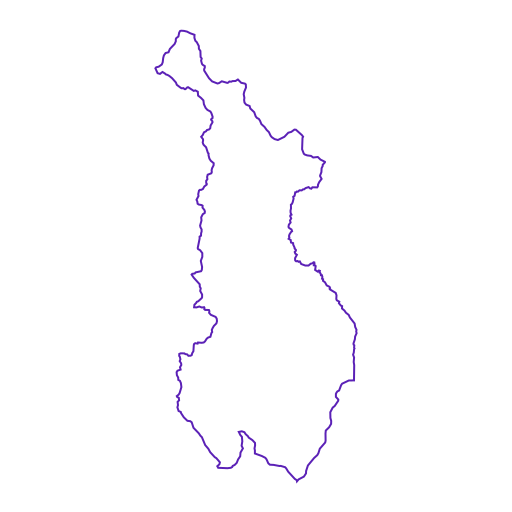 Chachagüí, Nariño, Colombia
{"feature_id": "7082276B70460159125708", "entity_name": "Chachagüí", "entity_type": "district", "adm_level": 2, "iso_a3": "COL", "parent_name": "Colombia", "parent_adm1": "Nariño", "projection": "albers", "projection_center": [-77.277, 1.404], "detail": "fine", "context": "isolated", "style": "outline", "palette": "violet", "viewbox_px": 512, "rotation_deg": 0, "n_neighbors": 0, "source": "geoboundaries", "source_scale": "gbopen_adm2", "svg_char_len": 6036}
<svg xmlns="http://www.w3.org/2000/svg" viewBox="0 0 512 512"><path d="M324.9,161.8L320.5,159.6L317.8,157.0L313.2,157.5L311.0,155.9L307.2,155.4L304.7,154.5L303.8,153.7L302.1,149.3L302.5,137.9L303.1,136.7L301.8,135.0L295.9,129.7L294.4,129.6L291.3,131.9L288.3,132.7L284.4,136.8L277.9,140.0L274.6,139.1L271.8,137.2L270.6,135.7L268.9,132.1L266.7,130.0L264.5,126.9L261.4,124.1L260.0,120.7L258.8,118.9L256.9,117.9L255.7,116.4L254.2,112.2L250.3,108.5L249.6,106.0L246.1,104.6L244.5,102.6L244.1,99.9L244.4,97.9L243.7,94.2L244.3,91.6L246.0,87.5L245.8,84.4L244.9,83.6L241.2,82.8L237.9,79.5L235.5,81.0L232.5,81.1L231.2,81.7L229.4,81.5L228.2,82.6L227.3,82.9L221.8,81.3L219.0,83.1L217.5,83.5L212.1,81.4L209.0,78.2L204.2,70.6L204.1,69.2L204.8,67.6L204.8,66.1L202.7,64.8L202.0,63.9L201.1,60.7L201.7,58.5L200.6,57.0L200.4,51.0L198.9,48.8L198.8,46.0L196.8,42.2L195.3,40.7L194.4,37.8L194.5,34.8L190.3,33.3L187.0,31.6L184.0,30.9L181.2,30.7L180.1,31.0L179.2,32.6L178.4,36.5L176.3,38.1L175.8,39.1L175.8,41.3L174.6,44.0L169.9,48.9L168.5,52.3L165.6,53.0L163.9,55.4L163.2,58.0L162.7,62.3L161.8,64.5L158.7,66.7L156.2,67.3L155.4,68.3L157.6,73.2L160.0,73.9L162.4,72.0L164.8,73.4L166.0,74.5L167.5,74.9L169.4,76.0L172.1,78.2L175.9,82.5L176.8,84.8L180.7,87.8L181.8,88.3L183.4,88.1L184.6,89.1L185.5,89.1L187.3,87.4L188.1,87.2L193.8,90.9L195.3,90.4L197.8,91.7L198.1,95.6L201.0,97.9L203.4,100.4L203.9,104.2L205.6,107.9L207.4,109.9L210.4,111.5L211.4,113.2L212.6,116.7L212.5,118.1L211.4,118.9L211.1,119.7L212.4,121.3L212.5,122.3L210.6,125.5L210.2,128.3L209.0,129.5L207.0,130.0L206.0,131.3L204.0,132.3L202.7,135.1L201.2,136.8L203.0,139.2L203.1,140.4L202.7,142.5L203.2,144.0L203.7,144.9L206.1,147.3L207.9,152.9L208.6,153.5L208.5,155.1L209.4,158.6L210.8,160.8L213.7,163.2L213.6,165.3L212.1,168.2L211.6,170.2L211.8,172.1L211.3,173.3L207.7,174.7L207.1,177.0L207.4,179.2L206.2,180.8L206.2,183.0L206.8,183.9L206.7,184.6L204.3,186.5L202.9,189.0L201.1,189.9L199.8,189.9L199.0,190.6L198.2,194.2L198.5,196.0L196.5,199.8L197.3,201.5L197.6,203.7L198.7,204.5L201.7,205.1L202.6,205.7L202.5,207.6L204.4,210.0L204.9,211.5L204.7,213.0L202.8,214.2L201.2,217.3L201.5,220.5L200.1,225.6L200.5,227.4L201.6,229.4L201.6,231.6L201.1,233.2L201.0,235.7L199.6,236.6L199.6,238.7L197.7,248.1L198.1,249.1L200.1,250.2L202.3,253.1L202.3,256.9L200.8,260.9L202.1,267.0L201.8,269.9L201.1,271.2L195.6,272.4L194.7,273.5L192.3,273.8L191.6,274.6L193.8,277.8L199.7,284.3L199.8,286.7L200.7,288.3L200.2,291.0L202.1,294.5L202.1,297.2L201.7,298.1L198.2,301.3L196.8,301.8L196.2,302.9L194.4,304.8L194.1,307.3L196.5,307.4L199.3,306.5L201.8,307.5L204.1,307.2L204.5,308.0L204.3,309.2L205.1,309.9L208.9,310.0L209.4,311.1L209.1,312.8L210.8,314.8L215.6,316.9L216.7,318.6L217.0,321.1L216.4,323.4L213.9,325.9L212.5,328.3L211.8,330.0L212.2,332.0L211.4,333.1L210.4,336.8L208.2,337.5L206.7,338.7L205.0,341.4L203.7,342.5L201.7,342.8L198.0,342.5L197.6,343.6L195.2,343.2L194.1,344.0L193.8,345.0L193.4,351.2L192.2,353.2L191.7,355.1L190.6,355.7L188.4,355.8L187.2,354.4L185.3,354.1L184.4,353.4L180.8,353.3L179.3,353.9L179.2,355.9L179.8,356.7L180.4,359.3L179.7,361.1L181.1,363.3L181.3,365.0L180.0,367.2L180.6,369.6L177.5,370.7L176.6,372.2L176.9,375.2L178.2,377.6L178.3,379.9L179.9,380.8L180.9,383.1L181.4,387.1L179.6,393.1L178.6,394.7L176.8,396.1L177.2,397.0L178.8,397.8L179.1,400.3L177.6,401.9L178.0,405.1L177.4,407.3L178.6,411.0L180.8,412.0L181.1,413.2L183.8,417.3L187.4,420.8L190.3,421.2L191.7,422.3L193.5,427.8L198.8,433.3L200.4,435.7L201.9,437.2L205.2,445.1L208.3,448.7L210.2,452.2L214.8,457.2L216.3,458.1L219.9,462.3L219.4,464.3L217.3,466.2L218.2,467.8L227.4,468.2L230.8,467.8L232.2,467.0L232.7,465.9L234.6,465.0L236.7,462.9L238.1,459.4L240.2,456.3L240.5,452.6L242.9,448.4L241.6,445.8L242.3,441.4L241.9,436.8L240.3,435.0L238.8,431.9L241.8,431.3L244.4,432.2L245.6,434.1L248.0,436.3L248.7,437.6L252.4,440.1L255.0,442.9L255.1,445.4L254.5,448.4L254.9,450.4L254.9,453.5L261.8,456.0L265.3,457.8L266.5,459.3L268.3,463.3L269.9,464.7L273.6,464.9L279.5,466.0L280.7,465.9L285.1,467.2L286.2,468.4L288.2,471.7L294.8,478.9L296.8,480.2L297.0,481.3L298.6,479.4L303.9,476.6L306.0,473.4L306.1,471.0L307.9,465.5L314.1,458.0L317.3,455.1L318.4,453.2L319.8,448.7L325.2,442.5L325.6,440.7L325.5,433.4L325.8,430.5L329.1,427.3L331.1,423.9L331.2,420.9L330.4,418.0L330.3,412.2L332.7,407.6L334.7,406.0L338.2,400.8L338.3,399.5L335.9,396.9L335.9,393.9L336.5,392.6L337.4,391.4L339.1,390.5L341.1,385.2L342.1,383.7L348.8,380.5L354.0,380.4L354.2,365.1L353.7,362.0L354.1,357.5L353.1,354.7L353.8,352.5L354.1,349.2L354.5,348.5L354.1,347.7L354.3,345.3L353.6,344.6L353.5,343.4L354.9,339.2L355.1,336.6L356.6,333.2L356.2,331.5L356.5,329.8L355.2,327.0L354.6,323.5L349.9,317.5L348.7,314.9L345.9,312.7L344.5,310.6L342.0,308.5L342.1,306.1L340.9,305.6L338.9,303.2L339.3,301.7L336.8,300.3L336.3,299.0L336.5,295.3L335.7,292.9L329.8,289.3L329.6,288.8L330.1,288.1L329.5,286.8L326.7,285.4L325.0,282.3L323.0,280.8L323.1,279.2L322.0,278.7L322.4,277.0L321.9,275.2L320.9,275.2L320.7,273.8L320.1,272.8L319.5,272.5L319.9,270.9L318.9,270.5L317.6,271.6L315.1,269.9L315.7,266.1L315.4,265.6L313.9,265.3L314.5,263.5L314.3,262.4L313.5,262.3L312.4,263.4L310.7,263.7L308.6,265.5L305.2,265.5L301.2,264.0L299.8,261.4L298.5,261.8L297.6,261.0L296.2,261.3L295.6,260.9L295.1,260.1L295.1,258.1L296.9,254.8L295.3,253.6L294.7,252.0L295.9,250.7L295.9,249.9L294.6,248.5L294.6,247.7L293.2,244.6L293.1,243.1L291.0,242.5L290.7,240.0L288.6,238.8L289.4,237.5L289.0,236.1L289.5,234.4L291.0,232.1L292.1,231.2L291.5,229.5L289.3,228.1L288.7,227.5L288.5,226.6L288.9,224.6L290.6,222.5L290.0,220.5L291.2,218.4L290.2,216.1L290.4,215.3L291.5,214.7L290.6,212.8L290.5,210.7L291.0,208.4L290.9,204.7L291.9,203.9L292.6,202.5L293.6,198.6L293.2,196.8L294.6,195.8L295.2,192.4L295.9,192.4L296.8,191.5L297.9,191.7L299.5,190.3L301.7,190.4L303.1,189.3L304.1,189.3L305.6,188.1L308.6,187.1L309.9,188.3L311.3,188.7L312.4,187.3L317.2,187.4L317.9,186.3L318.0,184.7L319.2,182.1L321.6,178.9L320.1,176.1L320.1,175.5L321.4,172.1L321.6,168.2L322.7,166.0L322.7,164.8L324.9,162.4L324.9,161.8Z" fill="none" stroke="#5b21b6" stroke-width="2"/></svg>